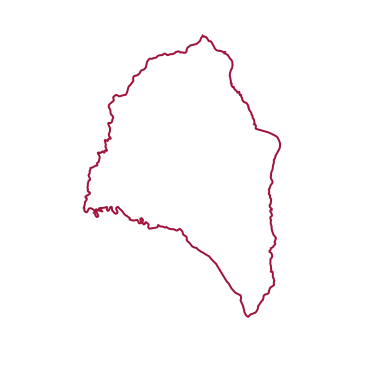 El Piedrero, Cañar, Ecuador, rotated 329°
{"feature_id": "8360857B56552951365472", "entity_name": "El Piedrero", "entity_type": "district", "adm_level": 2, "iso_a3": "ECU", "parent_name": "Ecuador", "parent_adm1": "Cañar", "projection": "equal_earth", "projection_center": [-79.265, -2.388], "detail": "fine", "context": "isolated", "style": "outline", "palette": "rose", "viewbox_px": 384, "rotation_deg": 329, "n_neighbors": 0, "source": "geoboundaries", "source_scale": "gbopen_adm2", "svg_char_len": 6011}
<svg xmlns="http://www.w3.org/2000/svg" viewBox="0 0 384 384"><g transform="rotate(329 192 192)"><path d="M281.7,63.5L278.7,65.0L276.9,66.5L272.9,67.4L270.9,67.1L266.5,65.6L262.9,65.9L262.1,66.2L260.9,67.2L259.8,68.5L258.9,69.0L257.9,69.1L256.7,68.4L255.4,67.1L254.0,66.5L253.2,64.8L252.4,64.2L249.8,63.7L248.8,64.0L246.7,63.9L244.0,62.6L241.9,62.3L241.3,61.8L240.3,59.7L239.6,59.2L238.7,59.1L237.8,59.3L236.8,59.2L234.3,58.0L232.8,57.8L231.6,57.9L230.5,58.4L227.8,57.3L226.7,57.4L224.5,56.0L223.3,56.0L220.4,57.4L216.9,61.1L216.0,61.7L214.2,62.2L211.2,61.7L210.2,62.0L208.2,63.3L205.7,63.8L204.5,63.6L202.3,62.8L201.1,63.2L200.2,64.0L198.9,66.6L193.6,68.7L192.3,68.9L190.9,69.9L188.4,72.5L186.5,73.9L185.1,74.5L183.6,73.8L179.2,72.7L178.8,72.3L177.4,70.1L176.9,69.8L175.8,69.6L173.4,70.2L173.1,70.4L172.9,70.9L172.4,72.8L171.7,73.4L166.5,74.3L165.4,74.9L164.6,75.8L164.3,76.7L164.3,79.5L162.7,82.8L162.6,83.8L163.1,86.2L162.9,87.4L162.6,87.8L161.5,88.5L159.8,90.3L159.2,90.7L158.4,90.9L157.6,90.9L156.3,90.0L155.8,89.9L155.5,90.1L155.2,90.6L154.7,94.7L154.2,95.9L152.6,98.0L150.8,99.4L150.1,100.2L149.8,101.3L150.0,103.6L149.8,104.3L149.4,104.3L148.1,103.4L147.2,103.7L146.4,104.6L145.8,104.6L144.6,102.9L144.3,102.7L143.8,102.9L142.6,106.9L141.2,108.5L140.4,112.7L140.1,112.7L139.1,111.9L138.5,111.7L137.4,113.0L137.0,113.0L136.7,112.6L136.4,111.3L135.6,111.4L135.0,111.1L133.9,111.4L133.2,111.2L132.3,110.0L131.5,110.0L131.2,110.6L131.2,113.4L130.9,114.5L129.4,116.3L127.2,118.2L125.5,118.4L124.5,120.4L123.8,120.3L122.7,119.7L119.3,119.8L117.7,119.1L117.2,119.2L116.4,120.5L115.2,121.1L114.4,122.6L113.7,123.5L112.7,123.8L111.9,124.4L111.4,128.0L110.7,129.1L109.1,129.2L107.0,131.2L106.0,132.9L104.8,134.1L104.1,136.3L103.3,137.3L103.2,137.9L103.3,138.5L103.9,139.3L104.1,139.8L103.7,140.7L102.8,141.0L98.5,141.0L97.9,141.9L98.0,142.5L98.5,143.2L98.3,143.8L97.2,144.7L95.3,145.4L92.9,148.3L91.0,149.8L91.2,150.1L91.2,151.0L90.4,151.8L90.2,153.0L90.6,154.5L91.3,155.1L92.2,154.9L94.7,153.3L95.8,153.2L96.5,153.6L97.5,154.5L98.3,156.1L98.7,158.3L98.6,159.2L98.2,159.5L97.2,159.4L97.5,160.8L97.2,162.7L97.3,163.7L97.6,164.4L98.7,164.7L99.0,164.5L99.5,163.8L100.0,159.2L100.6,157.5L101.0,157.5L101.9,159.2L103.3,160.5L104.7,162.1L105.0,162.2L105.0,160.7L103.6,159.1L103.8,158.4L104.4,158.2L108.9,160.4L110.9,160.8L111.2,161.1L111.2,161.4L110.4,162.4L109.9,163.9L110.1,164.6L110.5,164.9L111.6,164.7L114.1,163.0L114.7,163.0L115.3,163.3L115.4,163.8L114.5,165.5L114.1,166.8L114.9,170.6L115.5,171.4L116.9,171.6L117.4,171.2L117.8,170.8L118.0,170.2L118.2,167.9L118.5,167.1L119.0,166.6L119.6,166.4L120.6,166.6L121.0,167.1L121.6,170.2L122.2,171.7L122.5,175.3L122.9,177.3L123.1,178.0L123.7,178.6L124.5,180.7L125.2,182.0L125.0,182.7L124.5,183.0L124.5,183.6L126.3,185.7L127.3,186.4L130.5,187.7L130.8,189.1L130.5,191.1L131.2,192.1L132.1,192.3L132.5,192.1L132.9,191.5L133.4,189.3L133.8,188.6L134.1,188.3L135.1,188.4L135.5,189.1L135.6,190.4L135.4,191.0L134.0,192.4L133.7,193.4L133.7,194.3L134.1,195.0L134.8,195.2L136.5,194.0L137.0,194.1L138.1,197.1L138.1,197.6L136.4,199.4L136.3,200.8L136.7,201.5L139.8,202.9L143.5,204.2L144.6,204.2L145.7,203.1L146.1,203.1L147.2,205.3L148.8,206.3L150.6,208.6L152.0,208.8L153.1,211.1L153.6,211.8L154.5,212.7L157.2,214.5L158.5,216.6L159.1,217.2L160.4,217.4L162.0,217.2L162.4,217.3L162.9,218.1L163.2,219.4L163.4,221.1L162.6,223.5L162.6,224.0L162.8,224.6L164.1,227.3L164.1,228.0L163.7,229.0L162.8,230.4L162.8,231.7L163.6,234.4L164.2,238.9L165.8,241.2L167.0,242.2L167.5,244.4L169.1,248.0L170.2,249.6L171.5,252.4L173.5,255.9L174.3,260.9L175.6,265.8L175.7,286.5L176.3,289.0L176.2,295.1L177.3,300.8L180.4,305.6L179.7,307.9L177.7,310.1L177.0,316.7L176.1,318.6L176.0,319.6L175.1,321.9L174.8,325.2L175.4,327.3L175.9,327.8L176.7,327.8L178.5,327.2L179.3,327.1L183.5,328.0L185.2,327.8L187.8,326.4L188.5,325.7L189.7,324.1L195.3,321.4L197.1,321.0L197.9,320.4L200.0,317.9L201.3,317.5L204.7,318.2L205.9,317.9L207.4,316.1L209.9,314.2L212.4,314.2L214.5,313.9L215.1,312.3L215.5,311.7L216.0,311.1L216.8,310.5L216.9,309.5L217.5,308.4L217.4,306.8L217.6,306.3L219.7,302.8L219.8,301.9L218.9,301.4L218.7,301.1L218.7,300.7L219.5,300.2L219.9,299.7L220.1,298.6L220.8,297.7L221.4,296.4L222.2,293.7L222.9,292.9L224.6,290.0L226.7,289.3L227.8,288.1L228.6,285.8L228.3,284.4L227.7,283.5L227.8,282.7L228.3,282.3L229.7,281.9L230.7,280.8L231.4,280.8L232.4,281.0L236.5,279.5L236.9,278.8L236.9,277.6L240.2,274.7L240.3,273.7L239.8,270.8L240.6,266.7L241.4,264.4L242.6,262.3L243.3,259.4L244.6,257.5L245.4,256.7L245.4,255.2L245.8,254.5L246.4,253.9L247.9,253.7L248.6,253.1L249.2,250.9L249.1,248.8L250.2,247.9L250.7,247.9L251.1,248.3L251.6,247.6L251.1,245.0L251.2,244.2L252.0,243.0L253.1,242.8L253.6,242.3L255.9,239.4L256.2,238.3L256.0,237.4L256.1,236.7L257.2,235.2L256.8,233.4L258.3,231.7L259.2,229.4L260.6,228.7L262.6,226.9L264.5,226.0L265.2,225.9L266.0,225.2L266.5,224.0L266.7,220.9L267.1,219.8L268.0,219.1L268.6,217.8L269.1,217.2L270.6,215.6L272.6,214.2L275.2,210.9L277.0,209.4L278.7,206.6L280.2,206.0L282.3,204.0L289.3,199.9L290.3,199.0L292.2,196.4L292.9,194.1L293.5,189.4L292.9,187.6L290.0,182.8L287.8,179.8L280.1,171.6L279.3,170.6L279.7,169.6L280.6,168.7L280.9,167.9L280.9,167.4L280.2,166.3L280.1,165.7L281.0,165.5L282.4,161.9L282.2,159.7L283.0,158.0L283.0,155.9L283.5,155.0L283.6,154.3L283.3,151.0L283.7,150.2L283.7,149.0L284.5,148.1L284.4,146.9L284.8,145.7L284.4,143.6L282.9,141.7L282.6,139.7L282.6,138.8L283.3,137.5L283.3,135.5L284.0,134.3L283.9,133.9L283.1,133.6L283.0,133.1L283.9,131.0L283.9,130.5L283.6,130.3L282.5,130.4L282.2,130.2L282.2,128.5L281.4,125.7L281.8,123.4L281.6,123.1L280.9,123.0L280.8,121.1L280.9,120.7L281.8,119.6L281.3,118.8L282.4,117.0L284.5,111.3L286.0,109.5L288.2,107.5L290.1,106.5L292.0,104.3L293.6,101.1L293.8,99.2L293.3,97.0L293.2,93.0L292.1,90.7L291.2,89.8L292.3,89.0L291.0,88.3L289.7,86.4L287.5,84.6L286.1,83.1L285.7,81.9L285.5,80.7L285.7,79.2L285.9,73.2L285.5,72.3L284.2,71.4L284.0,67.0L283.7,66.2L283.2,66.1L282.7,65.1L281.9,64.7L281.7,63.5Z" fill="none" stroke="#9f1239" stroke-width="2"/></g></svg>